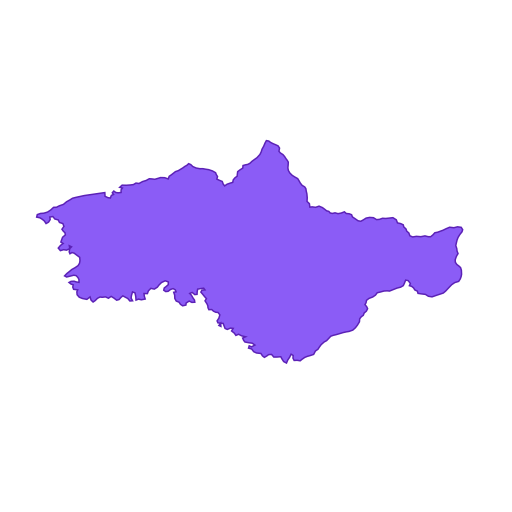 the district of Rio Negrinho, Santa Catarina, Brazil, rotated 259°
{"feature_id": "56859067B35225019314359", "entity_name": "Rio Negrinho", "entity_type": "district", "adm_level": 2, "iso_a3": "BRA", "parent_name": "Brazil", "parent_adm1": "Santa Catarina", "projection": "robinson", "projection_center": [-49.598, -26.45], "detail": "fine", "context": "isolated", "style": "filled", "palette": "violet", "viewbox_px": 512, "rotation_deg": 259, "n_neighbors": 0, "source": "geoboundaries", "source_scale": "gbopen_adm2", "svg_char_len": 5808}
<svg xmlns="http://www.w3.org/2000/svg" viewBox="0 0 512 512"><g transform="rotate(259 256 256)"><path d="M298.8,74.6L295.7,73.4L293.7,73.8L294.5,76.0L293.5,78.0L291.4,79.9L288.3,82.7L284.9,82.3L282.6,81.4L280.5,79.5L279.0,76.0L277.9,72.6L276.4,69.9L274.9,67.0L273.0,64.3L271.5,66.1L271.7,69.6L271.9,73.5L271.0,75.8L268.6,77.2L266.6,77.7L263.9,77.2L264.8,74.7L266.0,72.6L266.4,69.6L265.7,67.4L263.7,69.1L262.6,71.1L260.4,70.2L258.1,70.6L256.8,74.5L255.0,73.3L252.1,73.0L249.3,74.6L247.4,77.5L245.7,81.7L247.5,85.3L244.1,85.7L241.9,87.3L242.9,89.6L244.7,92.3L245.5,95.0L244.8,97.3L244.6,100.5L242.7,103.1L244.0,106.1L241.8,108.5L239.2,110.8L239.4,113.3L241.1,115.5L242.3,117.7L240.7,119.6L238.8,122.0L235.9,123.6L235.6,126.3L238.4,125.4L240.7,126.1L244.3,127.9L242.9,130.2L238.8,130.2L235.6,129.8L236.1,132.4L234.9,135.1L234.9,139.0L238.0,138.7L240.5,138.9L239.8,142.2L242.3,143.7L244.3,146.6L242.9,149.9L244.2,153.2L246.0,155.2L248.0,158.2L249.0,162.1L247.3,165.0L244.6,164.4L243.2,162.0L242.1,159.8L240.0,158.9L238.3,160.6L238.1,163.0L239.5,165.8L239.8,168.4L238.2,170.3L236.1,170.7L236.1,168.3L233.1,168.7L229.8,168.2L227.0,169.1L225.3,171.7L223.0,172.6L221.1,174.5L221.2,177.8L223.2,178.5L224.5,181.8L222.7,184.2L222.3,187.1L224.5,187.2L226.7,186.2L229.9,185.1L231.9,183.8L232.4,186.4L229.8,188.5L229.6,190.8L232.3,191.5L234.6,192.4L234.6,195.2L234.4,198.5L232.5,199.4L232.8,196.4L231.1,195.0L228.4,196.5L225.9,197.8L223.6,199.2L221.7,197.4L218.5,198.7L216.4,199.2L214.4,199.0L212.3,199.5L211.9,202.3L210.0,203.7L208.5,205.7L207.8,208.0L205.1,209.3L202.1,207.7L199.7,205.4L197.6,205.9L196.8,208.5L196.1,210.9L193.6,211.3L190.8,211.8L189.4,213.8L190.1,217.2L189.3,219.8L187.1,217.7L184.4,220.0L181.9,221.1L182.5,224.0L180.4,226.6L178.7,230.3L178.0,227.2L175.5,227.8L173.7,228.7L172.3,232.2L171.1,235.7L168.8,237.9L167.7,234.3L169.1,232.2L167.0,231.1L165.5,234.0L162.5,235.5L160.7,238.0L159.4,242.2L156.7,243.3L154.9,244.9L155.8,247.5L156.8,249.6L156.4,252.5L153.4,254.2L152.8,257.5L152.4,261.1L150.1,261.8L147.1,263.0L145.1,265.5L147.8,267.3L150.2,269.7L152.9,271.7L151.3,273.5L148.7,272.8L146.2,273.5L145.8,276.4L144.7,279.4L145.8,281.4L147.2,284.6L147.7,287.3L147.9,290.0L148.4,293.8L151.4,296.2L152.6,299.0L154.4,300.7L156.6,303.1L158.7,306.7L159.4,309.1L161.1,311.5L163.0,314.1L163.4,316.8L163.5,319.5L163.8,322.8L164.2,326.9L164.3,330.2L164.2,332.9L164.8,336.9L166.6,339.9L168.8,342.4L171.7,345.0L174.6,345.8L176.3,347.8L177.3,350.0L179.4,351.3L180.8,353.8L183.0,355.5L185.1,355.0L187.5,353.7L189.1,355.1L191.4,356.0L192.8,358.8L193.5,362.8L194.8,365.8L196.8,368.0L196.9,370.9L197.2,374.9L196.8,378.1L196.1,380.4L196.6,383.0L197.1,385.6L197.6,388.3L197.8,392.0L198.8,394.9L200.8,396.4L203.8,398.3L202.8,400.7L199.5,402.3L197.6,400.9L196.5,403.0L194.6,404.6L192.4,405.4L190.7,407.7L188.4,407.9L187.3,411.0L186.0,415.0L183.6,417.5L182.3,421.0L183.0,425.8L183.5,429.8L183.9,432.8L185.4,435.5L186.8,437.4L188.6,439.9L190.5,442.6L192.0,446.1L192.4,450.1L194.6,452.2L196.6,453.4L198.8,454.3L200.8,454.6L202.9,454.9L205.6,454.6L207.4,453.3L209.4,451.5L211.8,450.5L214.2,450.8L216.2,451.9L218.0,453.1L219.8,454.8L222.4,454.3L225.0,454.5L228.1,454.1L230.7,455.2L233.3,456.4L235.7,457.9L238.2,460.2L240.4,462.8L242.4,463.9L245.0,462.9L246.2,459.4L246.0,455.6L247.3,451.6L246.5,447.8L245.6,444.5L245.2,441.9L244.7,439.0L244.7,436.0L242.9,433.6L241.6,431.1L242.1,428.7L243.5,425.7L243.5,421.5L244.7,417.2L244.8,413.4L246.5,410.9L249.5,410.4L251.6,408.7L253.9,408.4L256.4,406.6L258.5,406.5L260.2,404.2L261.5,401.2L264.8,400.6L267.5,397.7L267.8,393.9L268.1,390.4L268.9,387.4L268.4,384.2L268.7,381.3L271.2,378.6L272.2,374.9L272.2,371.3L271.0,368.3L270.1,365.5L271.1,362.9L273.9,360.2L276.0,358.1L278.3,357.7L279.7,355.5L280.5,352.7L282.5,351.2L281.9,347.9L281.9,344.6L283.3,341.8L283.2,339.1L284.1,337.0L285.9,336.0L286.9,333.9L288.7,332.4L290.8,330.5L292.9,327.4L292.4,323.8L293.5,320.6L293.7,318.2L297.2,318.4L299.8,316.5L303.4,317.4L307.3,317.8L310.1,317.7L312.5,317.8L314.5,317.0L316.6,314.7L319.4,313.3L321.6,312.6L324.0,311.7L326.2,309.1L328.3,306.9L331.1,305.0L333.8,304.1L336.4,304.1L339.5,305.0L342.0,305.6L344.0,304.9L346.0,303.9L348.1,303.1L350.4,301.8L352.5,299.6L354.4,298.5L357.4,299.7L359.9,298.7L361.4,296.6L363.0,294.2L364.7,292.0L366.4,290.5L367.3,288.2L365.0,286.3L362.3,284.5L359.7,282.3L357.1,280.9L354.9,279.2L352.3,275.7L350.9,272.6L349.6,269.9L348.3,268.0L347.5,265.5L347.5,262.8L347.3,260.5L344.8,259.8L343.7,256.9L342.3,254.1L339.9,253.3L337.9,252.7L336.8,250.3L335.1,248.2L332.7,247.2L332.5,244.9L332.0,241.3L330.8,238.6L332.9,237.5L335.6,237.1L337.5,234.2L339.0,232.2L341.3,233.4L343.4,232.6L345.5,232.2L347.8,229.5L349.8,226.0L350.9,222.9L351.9,220.4L352.4,217.6L353.8,214.0L355.9,211.0L358.2,209.4L359.5,207.5L358.2,205.4L357.5,203.2L356.4,200.9L355.6,198.7L354.6,196.0L354.2,193.0L353.1,190.9L351.9,188.5L350.8,186.0L348.4,184.5L350.3,181.3L351.2,177.3L350.9,174.3L350.6,171.3L351.5,168.6L352.2,166.0L351.1,162.6L350.7,158.8L349.5,155.0L350.5,152.1L349.5,149.3L349.7,146.2L350.2,142.1L351.1,138.1L349.4,135.3L348.2,137.8L346.7,136.2L344.1,135.7L344.3,132.8L345.1,130.5L346.9,128.8L345.5,127.0L343.6,127.9L343.1,125.6L340.7,124.1L341.5,121.8L343.4,119.2L347.1,119.7L348.1,99.0L347.9,90.0L347.7,86.9L346.6,84.1L345.4,80.4L343.4,76.8L342.8,72.5L341.9,69.4L342.4,66.6L340.3,63.2L338.9,59.8L338.5,55.9L338.9,52.6L338.4,49.2L336.0,48.1L334.7,51.2L332.7,53.3L330.8,54.9L327.9,56.1L328.8,58.8L331.0,60.9L333.6,61.0L333.5,64.1L330.7,65.6L329.2,68.7L326.4,69.5L324.7,72.6L321.7,73.1L319.3,70.6L317.1,71.6L315.3,72.9L313.1,72.9L311.3,69.7L309.3,68.5L306.9,67.1L305.1,69.1L303.7,66.1L301.5,63.4L298.6,65.0L298.9,68.4L297.9,71.1L298.8,74.6ZM298.8,74.6L301.7,74.7L300.2,76.7L298.8,74.6ZM196.8,208.5L194.9,206.3L193.6,208.1L196.8,208.5Z" fill="#8b5cf6" stroke="#5b21b6" stroke-width="1.5"/></g></svg>